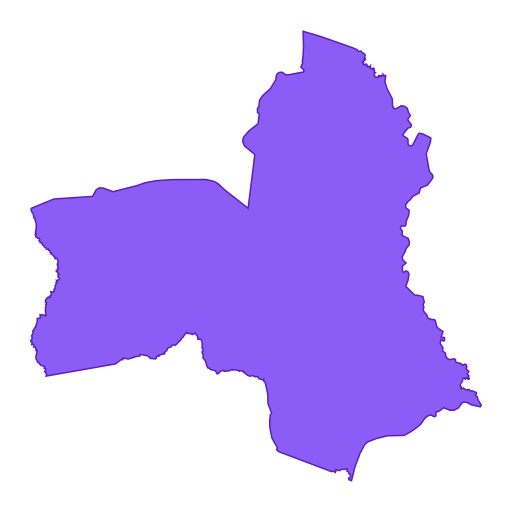 outline of Yang Talat, Kalasin, Thailand
{"feature_id": "78962969B97820746751247", "entity_name": "Yang Talat", "entity_type": "district", "adm_level": 2, "iso_a3": "THA", "parent_name": "Thailand", "parent_adm1": "Kalasin", "projection": "orthographic", "projection_center": [103.312, 16.452], "detail": "fine", "context": "isolated", "style": "filled", "palette": "violet", "viewbox_px": 512, "rotation_deg": 0, "n_neighbors": 0, "source": "geoboundaries", "source_scale": "gbopen_adm2", "svg_char_len": 5919}
<svg xmlns="http://www.w3.org/2000/svg" viewBox="0 0 512 512"><path d="M46.1,376.1L115.5,363.9L121.4,359.5L122.8,359.7L123.1,358.1L128.4,359.0L134.4,357.2L134.3,356.8L139.9,356.0L140.0,354.3L148.1,356.0L150.3,358.4L155.7,358.9L156.2,358.3L156.3,356.6L159.0,356.1L158.8,355.2L164.7,353.7L164.1,352.8L166.7,350.7L168.0,347.9L171.2,346.9L172.1,345.2L174.7,344.9L175.3,345.3L180.7,340.0L182.1,337.5L183.2,337.1L184.1,335.3L186.5,332.6L187.3,333.4L189.9,333.5L192.9,334.6L195.0,333.0L197.8,337.0L197.9,339.3L200.9,339.2L202.1,342.4L202.1,348.1L202.9,348.6L203.0,351.0L202.3,351.4L202.2,352.9L203.2,355.4L202.9,357.8L205.2,360.6L207.3,367.2L208.0,368.0L209.9,368.3L210.1,369.2L210.8,369.6L215.4,370.7L217.0,373.8L218.7,373.5L220.0,371.7L223.0,370.3L223.8,370.3L223.9,371.2L224.6,371.3L229.9,370.7L231.7,369.5L232.4,370.1L233.4,369.6L238.6,370.5L239.1,371.3L240.5,370.7L243.6,371.5L243.4,372.0L247.8,375.4L249.8,376.2L252.6,375.6L255.4,376.9L258.1,376.4L258.0,377.4L258.9,378.7L262.6,379.8L263.2,379.4L263.0,380.0L264.0,380.5L263.9,381.3L265.2,382.6L267.8,394.2L268.0,403.6L271.6,413.3L270.3,414.7L269.6,422.0L269.9,427.7L271.9,438.0L277.3,447.6L276.7,449.8L277.3,450.4L279.0,451.8L331.5,471.6L333.5,471.1L335.2,472.5L336.0,471.1L335.8,469.5L339.2,470.7L341.2,469.5L347.2,468.9L346.9,471.0L348.3,471.8L349.2,474.0L350.1,474.2L350.6,476.1L349.6,477.7L348.5,478.1L349.0,479.8L351.5,480.7L354.9,467.0L360.1,453.2L364.8,444.5L367.5,442.0L376.1,438.6L387.4,435.8L404.1,435.4L411.3,431.4L417.5,427.0L421.4,423.4L424.5,418.6L427.2,416.2L431.2,414.9L433.6,416.6L435.5,416.4L436.0,415.3L435.7,412.4L439.8,410.8L443.6,407.7L450.1,410.3L454.5,410.1L458.6,407.8L461.9,402.9L464.4,402.1L467.0,402.5L471.6,404.9L480.3,406.8L481.3,405.2L478.0,399.8L477.3,396.8L475.4,395.4L476.5,393.5L476.3,392.5L472.1,390.9L470.2,390.9L469.1,389.4L466.2,390.1L463.4,388.0L461.2,388.8L460.8,388.5L461.4,386.8L460.2,385.7L460.1,384.8L462.6,380.6L463.0,377.9L463.9,377.8L465.3,379.2L466.5,377.7L468.1,379.3L469.4,379.0L469.2,378.2L467.7,377.6L469.0,375.9L467.2,373.9L468.9,371.4L466.1,369.0L466.8,367.0L466.2,364.8L464.9,364.1L462.7,365.2L460.8,363.5L456.1,362.3L455.6,361.7L455.5,359.6L454.4,358.8L449.7,359.6L447.3,358.5L445.8,356.0L445.3,352.9L442.7,351.2L442.9,347.7L440.2,343.5L440.8,340.1L441.6,340.0L443.7,341.1L444.5,340.4L444.5,337.6L443.4,337.3L442.0,337.7L441.2,337.0L443.0,331.5L438.5,328.6L436.7,326.5L435.3,320.4L434.0,319.5L431.7,319.5L427.8,318.1L426.8,314.9L424.4,312.3L423.1,309.9L423.9,307.3L423.0,304.4L424.3,302.2L422.9,296.6L417.6,295.2L414.7,295.1L405.8,286.3L408.1,280.0L409.0,274.1L408.1,272.1L406.8,271.1L405.3,271.1L404.0,272.6L402.5,271.1L402.4,266.2L406.0,263.0L403.0,260.0L402.1,257.0L404.9,252.1L406.0,248.7L409.2,244.8L409.4,241.9L408.1,238.2L403.8,236.5L402.0,235.0L402.4,231.3L400.7,228.8L400.5,227.6L401.5,225.7L404.8,226.3L405.9,225.0L406.3,221.2L408.7,215.1L409.2,210.3L405.8,207.6L405.7,204.9L407.9,201.6L410.4,199.5L413.0,196.2L419.0,193.0L420.6,187.9L427.5,185.1L432.7,178.1L432.9,176.3L432.3,174.6L430.1,172.3L429.2,170.5L426.2,153.7L430.5,142.0L430.8,137.9L423.2,134.1L419.4,133.2L418.3,134.1L412.4,145.5L410.5,146.0L408.1,144.6L408.0,139.5L407.1,138.2L403.5,135.9L402.8,134.5L407.9,128.2L410.5,127.3L411.4,126.0L411.3,124.7L407.8,119.9L407.9,119.0L410.4,115.7L408.6,112.7L407.2,108.1L404.6,106.3L401.4,105.7L395.8,108.8L393.5,108.4L392.5,105.1L392.4,99.1L386.9,88.3L384.9,81.7L385.7,75.6L384.6,75.7L383.4,74.5L383.7,75.8L381.5,75.3L381.0,76.3L380.1,75.7L379.2,76.6L379.0,75.7L378.5,75.7L378.2,77.0L377.2,77.2L375.9,77.1L374.1,75.5L374.7,73.3L375.3,72.7L374.3,72.5L374.5,70.3L373.8,68.3L372.8,68.3L373.3,69.3L371.3,68.8L370.1,67.8L370.4,65.8L369.4,66.9L367.4,66.6L367.5,65.7L366.7,65.7L366.9,64.8L366.1,64.0L363.9,64.9L363.0,63.6L363.7,62.5L362.5,61.8L365.3,59.8L365.3,59.0L364.7,59.5L364.1,59.1L365.2,55.3L364.7,54.1L361.6,52.0L361.2,51.1L358.3,51.4L357.2,49.7L352.5,47.7L320.6,36.5L303.1,31.3L303.5,46.4L303.1,56.0L302.3,61.7L302.8,62.7L300.9,66.9L304.1,70.5L303.4,72.0L288.4,74.8L285.8,74.8L282.2,72.2L279.5,72.4L277.3,73.6L276.2,76.1L275.9,79.6L270.4,88.6L262.8,95.5L259.5,100.2L258.9,106.5L257.4,108.7L257.5,112.4L259.3,114.1L258.0,123.8L248.9,130.9L244.1,136.5L243.0,138.7L242.8,142.0L244.6,146.1L254.4,154.2L254.7,155.5L248.1,208.3L224.7,189.9L218.3,183.9L215.5,182.1L212.4,181.0L205.8,179.5L172.4,179.6L156.2,180.7L145.3,182.7L136.6,185.7L113.1,191.7L103.3,188.1L100.3,187.8L98.3,188.3L96.0,190.1L92.6,196.4L53.9,199.0L31.3,208.3L31.0,209.6L31.9,212.1L33.1,213.6L34.1,218.2L35.2,218.5L35.1,220.3L36.2,223.4L36.3,228.8L35.8,229.3L36.1,229.8L35.4,232.5L36.1,233.8L35.4,234.0L35.2,234.7L36.0,235.2L35.6,236.4L36.0,237.1L37.3,237.3L37.6,238.3L38.7,238.2L39.5,239.0L39.8,239.6L39.0,240.3L40.5,242.1L40.2,242.6L42.4,243.2L42.1,244.2L44.9,247.4L46.1,248.0L46.2,249.0L48.2,249.6L48.5,249.3L48.7,250.4L49.9,250.6L50.7,253.6L51.7,253.4L51.7,254.1L55.0,257.5L55.0,258.7L57.1,258.3L58.2,262.1L57.2,264.2L58.0,264.9L57.5,265.8L57.9,267.1L57.6,267.8L58.5,268.8L56.2,270.5L56.4,271.7L58.0,272.1L58.0,274.1L59.0,274.4L58.3,275.0L57.9,276.7L59.5,278.7L59.3,279.2L58.6,280.0L57.6,280.0L57.2,280.9L56.6,280.6L57.0,281.7L56.0,282.3L56.5,283.2L55.1,285.7L55.2,287.8L53.9,289.6L54.3,291.3L53.3,292.0L50.8,291.7L51.3,294.4L50.9,295.6L49.7,296.2L50.0,297.0L49.1,296.8L48.9,297.7L47.5,297.4L45.5,300.2L45.5,302.1L46.6,302.9L45.7,304.6L46.4,305.0L45.3,307.8L45.8,308.4L45.3,309.8L45.9,310.6L45.4,311.4L46.1,315.5L45.5,316.0L44.1,315.1L40.1,314.6L40.3,317.8L37.2,318.6L37.2,321.8L35.3,327.5L34.3,328.2L33.8,329.9L32.7,330.9L33.2,332.9L31.6,335.9L32.3,337.9L30.7,341.4L32.2,342.2L31.7,344.6L32.8,344.2L33.5,344.6L33.9,346.2L33.5,346.8L35.6,347.4L35.6,348.6L36.5,349.4L36.0,350.5L37.3,350.6L35.9,356.4L36.0,358.8L37.1,360.3L37.0,361.2L38.2,362.6L38.8,362.7L39.7,364.2L40.5,364.4L40.9,365.3L44.7,366.4L44.1,368.1L45.8,368.5L44.6,371.7L46.0,372.6L46.0,373.7L46.8,374.3L46.1,376.1Z" fill="#8b5cf6" stroke="#5b21b6" stroke-width="1.5"/></svg>